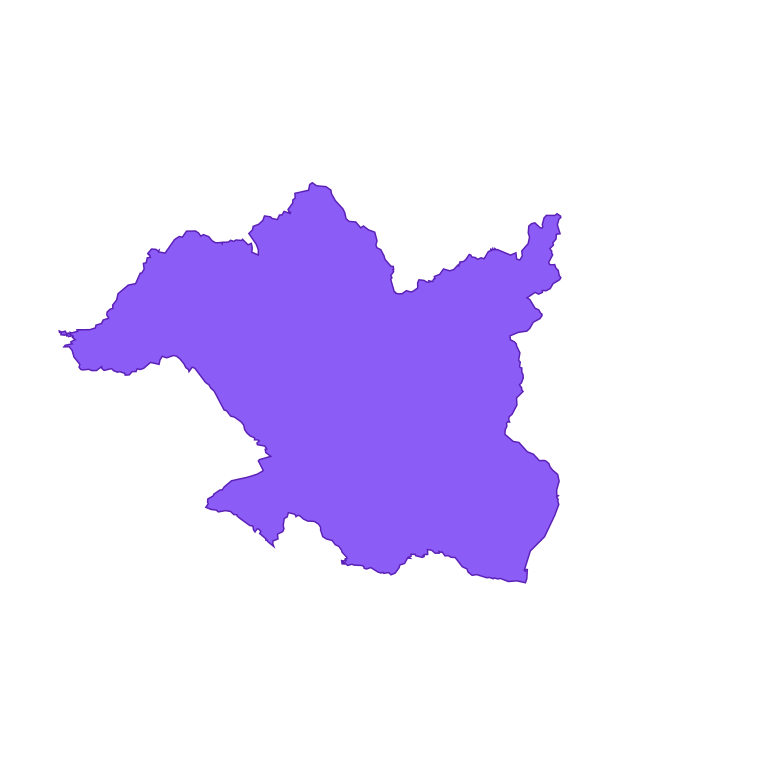 Targu Lapus, Maramures, Romania, rotated 145°
{"feature_id": "2599482B38967406651067", "entity_name": "Targu Lapus", "entity_type": "district", "adm_level": 2, "iso_a3": "ROU", "parent_name": "Romania", "parent_adm1": "Maramures", "projection": "albers", "projection_center": [23.875, 47.456], "detail": "fine", "context": "isolated", "style": "filled", "palette": "violet", "viewbox_px": 768, "rotation_deg": 145, "n_neighbors": 0, "source": "geoboundaries", "source_scale": "gbopen_adm2", "svg_char_len": 6171}
<svg xmlns="http://www.w3.org/2000/svg" viewBox="0 0 768 768"><g transform="rotate(145 384 384)"><path d="M620.5,595.1L620.2,590.4L622.5,583.9L621.9,574.5L624.2,572.6L624.0,569.8L622.7,568.3L617.3,565.3L615.6,562.5L611.7,559.9L605.4,560.2L606.2,558.5L605.5,555.7L598.4,552.9L597.8,549.9L595.6,546.6L593.3,545.6L590.3,541.5L590.9,539.7L587.4,537.6L583.1,538.6L580.0,536.4L577.5,538.0L575.4,535.7L571.9,534.7L562.9,535.6L557.0,529.1L553.8,532.1L549.8,533.9L547.0,530.1L540.1,528.1L538.0,525.8L536.7,521.4L536.3,515.3L536.9,511.0L535.8,508.0L536.6,506.0L531.5,507.8L529.9,505.4L529.3,487.7L527.9,483.8L528.2,479.9L527.2,475.6L529.9,454.4L528.3,452.4L528.0,445.6L525.5,442.7L522.7,434.8L522.5,430.7L524.3,426.6L524.4,422.6L523.4,418.2L520.9,414.2L522.1,412.5L519.5,410.7L518.9,408.9L521.9,408.5L522.5,406.9L517.3,401.6L517.3,398.0L518.8,398.6L520.2,395.6L518.2,389.7L529.4,393.5L531.0,393.1L532.5,382.5L533.9,382.3L539.8,382.9L550.1,386.2L564.3,392.2L573.7,391.4L577.1,390.1L579.5,391.3L586.6,391.4L588.2,390.3L594.2,390.9L596.2,388.6L596.7,386.7L600.7,385.2L597.6,380.4L593.8,377.0L593.0,374.2L586.6,371.3L582.8,367.6L581.9,363.2L579.6,361.3L580.0,360.1L579.2,356.9L575.1,345.0L572.9,342.9L574.5,339.4L574.5,336.8L571.3,338.0L569.9,337.2L569.4,333.8L571.6,332.9L569.6,325.2L570.3,323.7L569.4,323.5L569.6,321.6L567.5,314.1L566.6,317.2L565.0,319.1L559.7,317.9L557.4,322.1L551.6,321.2L549.0,322.8L547.7,326.0L542.9,331.0L539.5,330.7L536.1,333.5L532.2,329.0L531.7,327.6L532.2,325.8L530.5,326.0L528.6,324.6L527.5,319.7L525.2,315.6L519.9,311.4L518.0,306.8L518.1,302.9L519.7,300.8L521.7,294.2L520.2,290.3L516.2,285.5L516.1,280.3L514.1,276.9L514.1,272.3L514.8,270.3L513.9,263.6L514.3,262.5L516.3,262.9L516.1,261.5L517.3,261.9L517.7,260.3L520.3,260.8L518.7,262.4L520.0,263.7L521.5,260.7L518.5,258.4L517.8,256.2L513.5,254.7L512.7,253.1L506.1,247.9L505.3,246.1L505.9,244.4L504.4,242.5L500.1,241.2L496.9,233.6L494.9,230.9L493.0,230.4L492.9,229.1L488.3,226.8L487.7,223.7L483.4,222.7L477.0,224.8L475.0,226.7L470.1,225.2L464.6,227.9L462.6,226.3L463.2,228.0L460.7,227.4L459.5,229.0L456.1,226.5L456.5,225.2L452.1,220.0L450.1,219.6L449.6,220.3L450.3,221.0L449.0,221.3L446.0,219.3L443.3,223.5L440.3,220.4L439.2,216.1L435.8,213.8L435.0,215.4L434.0,213.5L432.7,213.1L432.6,208.2L429.7,206.5L428.7,203.9L425.2,200.9L424.7,189.4L422.1,184.9L423.0,181.7L421.6,176.8L417.3,174.6L411.0,166.4L408.4,164.9L406.2,161.8L404.7,161.7L402.6,159.0L400.1,157.9L395.5,150.9L388.0,146.5L382.2,140.1L378.8,142.5L373.0,149.8L374.4,150.9L375.6,149.7L376.0,150.9L359.9,163.3L340.1,166.8L319.3,178.6L309.9,185.1L308.9,188.2L307.4,189.8L307.6,192.4L305.3,192.5L306.2,194.0L303.2,198.3L296.3,203.9L293.6,210.4L295.3,216.8L295.5,221.2L294.6,224.1L295.4,227.6L296.6,229.5L300.7,232.1L301.9,240.8L305.5,246.4L307.0,258.7L311.1,262.8L313.8,273.5L310.8,277.1L307.6,278.9L306.0,281.7L304.5,282.2L303.0,280.8L302.2,283.5L300.2,285.4L296.6,285.7L287.2,290.5L283.4,296.6L274.4,298.1L274.4,300.6L273.4,302.0L273.6,305.7L270.8,306.1L266.5,309.0L264.7,312.1L264.3,314.8L261.9,318.1L263.0,319.3L262.8,320.7L259.8,323.8L260.1,326.2L254.8,331.6L253.5,339.5L252.6,340.8L253.0,343.7L255.1,347.8L253.2,351.2L244.5,349.3L236.6,345.4L232.8,345.9L226.2,349.0L218.7,348.1L215.3,349.4L214.5,350.6L215.1,352.2L214.7,355.9L216.8,359.5L216.1,369.7L217.4,372.6L207.7,372.4L205.8,368.9L201.7,368.2L200.7,369.8L197.9,367.5L193.1,366.8L188.1,369.2L180.3,368.7L178.1,369.7L178.3,372.2L176.1,377.2L176.7,380.2L175.7,383.9L179.1,386.0L179.7,387.1L179.4,389.1L171.7,393.1L171.6,395.1L170.4,396.6L170.5,399.8L165.5,400.6L164.8,402.8L159.9,404.1L156.9,407.8L153.6,406.1L150.7,415.0L146.1,418.7L143.7,419.0L143.1,420.3L144.6,424.3L147.1,423.9L154.3,429.0L157.7,428.2L162.9,423.8L163.8,421.6L165.5,421.1L166.6,422.9L168.0,429.5L171.2,430.7L174.8,430.3L179.2,425.0L180.5,420.9L185.4,416.3L194.8,414.0L197.3,409.5L201.7,407.7L203.7,410.3L200.7,415.8L206.4,417.0L214.1,429.2L215.1,429.6L215.5,431.4L216.5,430.6L217.5,431.6L217.2,432.6L218.9,431.8L219.2,433.1L220.2,432.1L222.6,432.6L230.1,429.2L232.1,431.7L235.8,432.4L236.7,435.3L239.1,437.4L239.0,440.0L239.9,441.2L245.4,439.1L248.6,438.7L251.9,440.4L252.7,439.2L255.0,439.0L255.0,438.0L255.9,438.9L261.3,437.7L265.3,439.1L269.3,444.1L275.4,441.9L281.1,443.2L281.9,441.0L283.1,441.5L285.4,440.1L288.0,442.7L288.1,441.5L290.4,442.7L291.8,445.9L295.6,449.3L298.4,447.6L301.3,443.3L307.0,443.3L309.1,443.8L312.1,447.6L317.3,447.6L320.1,449.3L322.4,451.6L321.9,452.4L322.7,453.6L319.0,464.4L318.0,466.3L316.6,466.4L316.2,469.0L311.7,470.5L311.1,472.5L310.4,472.3L309.0,475.0L310.8,476.5L311.7,485.7L310.5,488.9L309.6,495.9L311.7,499.8L310.8,502.6L307.6,505.3L304.5,513.7L308.3,519.2L310.2,525.2L313.5,525.3L314.2,532.9L319.3,537.2L320.3,541.1L317.9,546.8L317.2,551.0L318.7,562.2L317.9,569.9L316.3,573.3L318.4,579.0L325.5,585.0L327.3,590.0L330.4,590.0L334.7,586.0L347.6,591.3L350.2,587.2L353.0,587.1L355.0,584.6L362.5,582.0L363.0,579.7L362.1,578.3L363.0,577.4L366.8,582.7L370.5,581.0L372.7,582.4L377.1,579.9L380.8,583.9L381.1,586.0L385.5,590.2L389.4,587.5L395.1,586.7L400.7,588.2L403.3,585.7L408.4,584.8L408.5,571.7L410.0,565.9L413.0,561.8L416.7,567.8L413.9,571.0L412.0,575.3L415.5,576.0L416.9,583.7L418.2,583.2L422.7,586.9L425.3,587.0L427.2,589.7L430.1,589.5L435.3,592.9L436.1,591.7L436.4,593.4L440.9,596.2L442.6,599.8L443.1,605.3L446.3,610.0L449.3,610.2L449.3,614.0L450.6,617.4L458.1,622.5L465.0,619.9L467.2,622.3L472.8,622.4L488.2,616.8L492.9,621.4L491.6,622.6L492.7,622.5L493.6,625.1L497.0,627.9L502.7,626.4L502.7,624.9L501.9,624.6L502.8,621.8L505.5,623.2L509.3,619.7L511.9,620.8L514.6,615.7L518.7,613.8L520.1,614.6L529.9,608.7L536.8,611.7L550.1,610.5L554.8,606.2L561.0,604.3L562.7,601.4L565.5,602.4L569.6,601.7L571.5,599.5L571.6,596.2L572.3,595.9L577.3,597.5L580.7,595.6L586.1,597.4L588.3,595.5L593.8,597.2L604.4,604.5L604.7,602.9L610.4,604.9L611.5,606.3L612.2,604.3L613.3,606.8L615.2,607.2L614.8,610.1L618.2,611.4L619.6,613.7L620.2,612.4L619.2,610.9L620.4,609.7L617.4,607.0L615.5,607.1L616.1,605.6L615.4,605.8L615.3,603.8L611.5,602.2L611.3,601.4L612.5,600.9L611.5,597.4L616.2,598.2L616.7,597.5L616.3,595.7L622.9,598.6L624.9,598.0L620.5,595.1Z" fill="#8b5cf6" stroke="#5b21b6" stroke-width="1.5"/></g></svg>